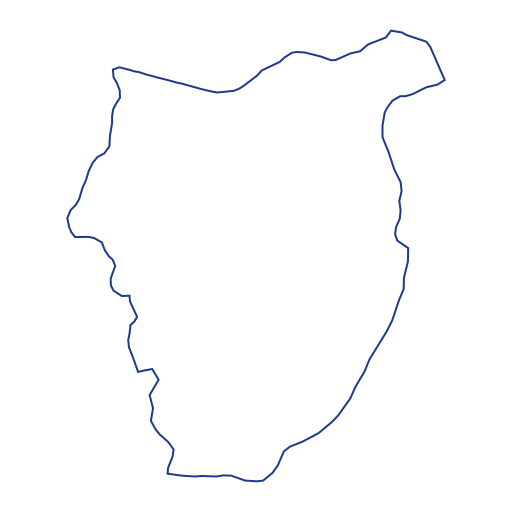 the district of São Simão, Goiás, Brazil
{"feature_id": "56859067B52183336180672", "entity_name": "São Simão", "entity_type": "district", "adm_level": 2, "iso_a3": "BRA", "parent_name": "Brazil", "parent_adm1": "Goiás", "projection": "robinson", "projection_center": [-50.604, -19.016], "detail": "fine", "context": "isolated", "style": "outline", "palette": "blue", "viewbox_px": 512, "rotation_deg": 0, "n_neighbors": 0, "source": "geoboundaries", "source_scale": "gbopen_adm2", "svg_char_len": 1827}
<svg xmlns="http://www.w3.org/2000/svg" viewBox="0 0 512 512"><path d="M444.7,80.0L430.3,47.0L426.4,41.7L406.4,35.0L401.8,32.4L391.0,30.7L386.0,37.4L368.2,44.4L360.0,51.3L350.5,53.4L335.4,60.1L330.6,60.1L321.2,56.6L304.8,52.5L296.9,52.0L292.0,52.7L284.2,57.7L279.9,61.8L261.7,70.5L257.0,75.7L243.7,85.8L239.2,88.7L233.9,90.8L226.5,91.6L217.0,92.5L209.4,91.0L201.1,89.0L181.4,83.5L176.9,82.6L170.8,80.9L165.0,79.4L158.1,77.7L151.0,75.7L145.9,74.4L139.3,72.2L134.1,71.3L129.5,69.9L119.4,67.3L112.9,69.6L113.6,77.4L117.1,83.5L119.7,90.2L120.0,97.7L116.0,103.8L113.1,109.6L112.1,116.0L112.1,122.9L111.0,129.7L109.9,136.3L109.4,146.4L104.3,153.4L97.6,156.9L92.8,162.6L88.8,170.8L86.0,180.0L82.5,187.8L80.7,193.9L79.2,199.1L75.8,204.9L70.8,209.9L67.3,218.0L69.1,226.9L71.3,232.2L75.1,237.1L88.7,236.9L94.1,238.0L101.8,242.4L104.9,250.4L108.9,256.3L112.7,259.7L115.2,265.9L110.7,278.6L110.9,285.5L113.6,290.7L121.8,296.0L129.5,295.7L130.0,301.5L137.1,316.8L134.3,321.6L130.5,325.0L129.5,334.0L128.2,340.0L129.0,347.5L131.9,354.5L138.1,371.9L144.2,370.5L152.2,369.0L158.6,379.7L149.6,395.1L153.0,408.2L150.9,420.9L155.7,429.5L159.8,434.5L168.1,441.9L173.6,449.5L172.6,456.5L168.1,467.8L167.6,473.7L182.4,475.7L194.6,476.5L202.5,476.0L216.5,476.5L222.8,475.4L231.1,475.6L245.2,480.6L257.3,481.3L263.1,480.6L272.6,472.8L277.9,465.2L283.9,451.3L290.2,446.5L302.4,441.7L318.6,433.1L331.8,422.1L338.2,415.4L350.2,398.6L355.5,386.7L364.6,371.4L369.4,359.5L386.7,331.4L392.1,320.7L399.3,299.4L403.7,289.0L403.9,278.0L407.9,261.5L408.2,248.1L397.3,240.6L395.1,234.3L396.1,227.0L399.8,218.6L400.6,210.4L399.3,200.9L401.6,191.1L400.6,182.1L394.3,169.5L388.5,151.9L382.5,137.1L382.5,125.6L384.7,112.5L387.5,107.2L392.5,100.6L400.1,96.2L405.4,96.2L412.4,94.2L426.3,87.3L437.5,84.6L444.7,80.0Z" fill="none" stroke="#1e3a8a" stroke-width="2"/></svg>